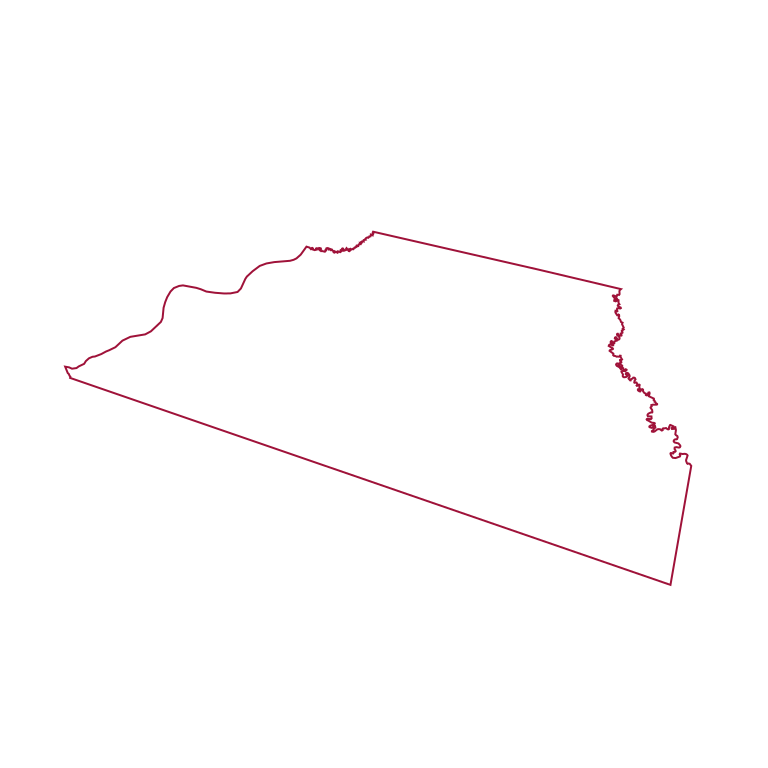 the district of Leticia, Amazonas, Colombia, rotated 100°
{"feature_id": "7082276B43275073099169", "entity_name": "Leticia", "entity_type": "district", "adm_level": 2, "iso_a3": "COL", "parent_name": "Colombia", "parent_adm1": "Amazonas", "projection": "robinson", "projection_center": [-70.12, -3.618], "detail": "fine", "context": "isolated", "style": "outline", "palette": "rose", "viewbox_px": 768, "rotation_deg": 100, "n_neighbors": 0, "source": "geoboundaries", "source_scale": "gbopen_adm2", "svg_char_len": 6102}
<svg xmlns="http://www.w3.org/2000/svg" viewBox="0 0 768 768"><g transform="rotate(100 384 384)"><path d="M262.2,484.2L271.1,488.5L275.5,492.0L277.4,494.6L279.0,498.0L283.0,513.2L285.7,520.7L289.3,526.9L295.8,533.0L302.0,537.7L304.5,538.8L314.8,541.5L318.8,544.2L321.4,550.9L322.6,557.0L323.5,566.3L323.8,575.0L322.5,580.8L321.9,585.5L321.8,599.1L323.0,602.8L326.0,607.6L330.0,610.3L336.1,612.6L341.4,613.7L347.2,614.3L357.5,613.5L361.6,614.5L372.6,622.7L376.6,627.8L381.6,642.0L386.7,649.1L394.4,654.9L398.6,660.7L400.2,663.3L403.6,667.6L407.1,673.4L407.8,675.8L409.9,679.0L413.2,681.6L416.2,682.8L419.7,687.7L421.7,689.6L423.1,693.9L422.3,697.0L422.3,701.0L428.2,697.3L428.8,696.2L430.5,695.1L431.3,694.1L432.5,694.2L532.1,67.0L411.3,67.2L409.5,69.1L409.4,70.3L409.9,71.1L409.5,71.8L407.5,73.0L406.5,73.3L401.7,72.6L401.1,73.1L400.6,74.2L400.5,75.6L401.1,77.8L401.1,80.4L401.9,80.6L403.1,79.8L404.0,80.0L406.3,84.0L406.5,86.7L405.7,87.8L404.5,88.9L402.9,89.8L402.3,89.7L402.1,89.4L402.3,87.2L401.9,86.9L400.7,87.1L400.2,85.5L399.5,85.1L398.8,85.4L397.5,86.6L396.1,86.7L395.4,85.1L395.4,82.4L394.9,81.6L393.9,81.3L393.1,81.6L391.4,83.7L391.1,87.7L390.3,88.7L389.4,88.8L388.5,88.3L387.9,87.6L387.7,86.3L387.3,85.8L385.4,85.5L384.3,86.1L383.6,87.7L382.9,88.4L378.7,88.5L375.9,89.6L376.1,90.2L377.8,90.6L378.3,92.6L377.5,93.2L376.2,91.7L375.4,91.7L374.6,94.9L374.8,95.2L377.0,95.8L379.0,95.6L379.3,96.0L379.3,96.9L378.4,98.6L379.0,100.1L379.2,101.4L379.8,101.9L380.9,101.5L381.5,102.1L381.6,102.5L380.6,104.3L380.8,106.1L381.3,107.1L383.8,109.3L384.4,110.6L384.3,111.9L383.8,112.0L382.7,110.9L380.7,110.1L379.8,109.2L378.2,109.8L377.8,110.5L378.0,111.0L380.2,111.9L380.7,112.5L380.5,114.6L380.2,115.2L379.7,115.3L378.7,114.4L376.9,110.8L375.7,110.5L375.4,111.2L375.6,113.7L374.1,117.4L373.9,118.6L373.2,119.2L372.7,118.9L372.5,118.3L372.3,115.1L371.4,114.5L369.5,115.0L370.0,118.5L369.1,119.1L368.4,119.1L367.3,118.5L365.7,116.3L365.5,115.0L365.0,114.8L362.9,115.5L361.1,117.4L360.5,117.3L359.6,116.5L358.4,117.1L357.8,116.1L357.0,112.0L356.7,111.5L356.2,111.6L355.8,112.7L354.7,113.6L354.5,114.5L353.5,114.6L352.9,115.7L352.0,115.5L351.5,115.7L350.1,121.0L346.9,120.8L346.2,121.2L346.5,122.1L349.3,122.8L349.6,123.5L349.4,124.2L348.0,124.5L347.6,126.1L346.2,127.6L344.6,127.9L344.2,128.5L344.5,129.4L346.8,130.3L346.9,131.2L346.2,132.7L345.7,133.0L345.0,132.8L345.2,131.2L344.8,130.8L343.3,131.8L341.6,132.2L340.6,132.0L340.3,132.4L340.4,133.0L341.7,134.1L341.9,134.7L341.6,135.0L340.4,134.3L338.8,135.5L338.7,136.0L339.3,137.3L339.1,137.8L337.2,137.8L335.7,137.1L334.5,138.0L334.3,138.9L334.5,139.7L335.5,140.1L336.3,141.6L337.6,141.7L337.7,142.2L336.2,144.1L333.8,143.4L332.8,143.7L331.1,145.3L330.8,146.4L331.3,147.5L332.2,147.7L332.8,147.1L333.1,145.7L333.6,145.6L334.5,146.1L335.1,146.9L335.7,148.8L335.3,149.9L334.7,150.3L333.1,150.3L330.9,152.2L330.3,152.4L329.7,151.4L329.4,148.6L328.3,147.6L327.8,147.6L327.5,148.5L328.6,149.4L328.6,150.0L328.3,150.6L326.9,151.1L326.7,151.6L326.9,152.3L328.1,152.8L328.2,153.4L326.6,155.1L325.7,157.9L324.7,158.8L324.2,158.8L323.4,158.3L323.1,157.2L326.1,154.9L326.1,154.1L325.0,152.5L324.5,152.6L324.2,153.6L322.8,155.4L322.2,155.2L321.7,154.2L321.3,154.0L320.6,154.5L320.1,155.6L319.4,155.7L319.0,154.2L318.5,153.8L317.2,155.0L315.8,155.9L315.1,155.9L315.1,156.5L316.0,156.7L316.3,157.2L316.3,158.4L316.7,159.6L316.3,160.9L316.3,162.6L315.7,163.4L314.6,163.2L314.2,163.5L312.2,167.6L311.8,167.6L311.4,167.3L309.9,164.7L309.6,164.6L309.1,165.0L307.5,169.3L306.3,169.0L305.8,168.2L305.8,167.3L306.3,165.6L306.1,165.1L305.5,165.4L304.0,167.9L302.9,168.1L302.2,167.6L302.2,167.1L303.9,165.7L304.2,165.1L304.1,164.4L303.6,164.2L302.7,164.7L302.1,164.6L300.9,162.4L300.1,163.0L299.1,164.6L298.2,164.6L297.7,164.1L297.7,163.4L299.7,161.7L299.7,160.9L299.1,160.1L298.4,159.9L297.3,160.2L296.4,161.0L295.2,163.0L294.5,163.2L294.0,162.9L293.9,162.4L295.1,161.5L295.3,159.2L295.1,158.6L294.6,158.5L293.9,159.3L293.2,159.7L292.2,158.1L291.5,158.1L290.7,159.0L290.3,159.1L288.7,157.5L288.2,158.5L286.9,157.7L283.7,160.0L282.2,159.7L281.8,161.3L279.6,162.6L278.4,164.4L276.5,164.1L275.1,164.5L274.9,165.1L275.9,165.6L275.9,166.2L273.8,168.2L272.9,168.7L271.8,168.7L272.1,167.2L271.7,166.8L270.2,167.6L269.1,167.5L268.7,166.4L268.6,164.4L268.1,163.9L267.6,164.2L267.0,166.5L266.3,167.4L265.6,167.3L264.6,166.0L263.5,167.1L260.7,167.6L260.6,168.2L261.7,169.1L262.4,170.3L262.1,171.8L261.3,171.8L260.2,169.7L259.6,169.5L259.4,170.1L259.4,171.9L257.5,174.0L257.1,173.9L256.9,173.3L257.5,170.1L255.6,169.8L255.4,167.9L254.6,167.6L251.6,168.3L250.5,168.0L249.4,167.1L244.5,252.1L235.9,421.2L236.7,421.4L237.5,421.2L237.8,420.6L239.0,420.9L239.0,422.2L239.6,421.7L239.6,422.9L241.0,423.0L241.3,424.2L242.0,424.3L242.8,425.0L242.5,425.8L243.3,426.9L244.6,427.7L245.1,427.2L245.8,429.0L246.6,429.1L247.2,428.8L247.3,430.3L248.2,431.3L248.8,430.5L249.3,430.8L249.3,431.6L249.8,431.1L250.3,431.2L250.3,432.2L250.7,432.3L250.9,433.1L252.6,433.3L252.7,433.9L252.3,434.4L252.4,435.0L252.8,435.1L253.4,434.6L254.1,435.3L254.2,436.0L254.8,436.1L255.0,436.9L256.5,437.5L256.3,438.2L257.1,439.1L256.7,440.5L257.4,440.8L257.2,441.7L257.8,441.8L258.4,441.3L258.4,440.9L257.7,440.7L258.0,440.3L259.2,441.1L259.2,441.8L256.7,444.5L257.3,444.8L258.3,444.1L259.1,445.5L258.9,446.7L257.7,447.9L257.7,448.5L258.1,448.8L259.4,448.2L259.3,447.0L259.8,446.9L260.1,448.7L259.8,449.9L260.2,449.9L260.7,449.2L261.7,449.8L261.8,450.1L261.4,451.5L261.4,452.8L262.0,453.2L262.3,452.3L262.8,452.5L261.8,455.9L262.6,456.1L263.1,455.5L263.3,455.8L262.8,456.7L261.8,457.0L261.4,458.2L260.7,458.5L260.5,459.7L261.2,459.4L261.4,459.6L260.9,460.3L261.2,461.7L260.9,461.9L260.2,461.6L259.9,462.9L260.5,463.4L260.2,463.9L260.3,464.2L261.9,464.4L261.9,465.6L262.6,464.3L264.0,465.2L263.8,468.0L264.1,469.0L263.6,469.6L263.5,470.4L261.9,470.7L261.8,469.6L261.4,469.8L261.3,470.6L261.3,471.6L262.7,472.4L262.0,473.0L261.9,473.7L262.4,474.5L263.6,474.2L264.2,475.5L263.8,478.2L263.4,478.4L262.7,477.7L262.4,478.1L262.5,478.6L263.8,479.5L262.6,481.0L262.2,484.2Z" fill="none" stroke="#9f1239" stroke-width="2"/></g></svg>